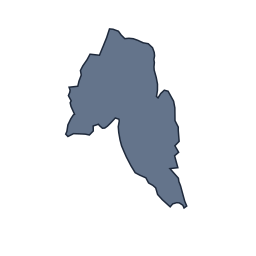 outline of Stepanavan, Lori, Armenia, rotated 243°
{"feature_id": "60910142B48694121515271", "entity_name": "Stepanavan", "entity_type": "district", "adm_level": 2, "iso_a3": "ARM", "parent_name": "Armenia", "parent_adm1": "Lori", "projection": "equal_earth", "projection_center": [44.342, 41.021], "detail": "fine", "context": "isolated", "style": "filled", "palette": "slate", "viewbox_px": 256, "rotation_deg": 243, "n_neighbors": 0, "source": "geoboundaries", "source_scale": "gbopen_adm2", "svg_char_len": 1407}
<svg xmlns="http://www.w3.org/2000/svg" viewBox="0 0 256 256"><g transform="rotate(243 128 128)"><path d="M142.6,180.4L145.2,177.5L143.9,172.9L141.2,168.4L143.2,167.7L148.1,171.3L153.7,174.2L160.2,176.1L167.7,177.6L170.7,178.9L174.3,181.2L177.2,182.1L180.2,184.4L183.5,185.7L188.4,186.3L193.9,184.3L197.1,180.1L201.7,176.5L205.2,173.2L207.5,169.6L209.1,165.7L214.0,164.1L218.6,163.4L222.8,159.5L224.7,156.5L218.1,149.9L214.4,145.6L212.2,143.1L211.3,142.0L205.8,135.6L211.0,127.7L207.4,122.5L206.0,119.9L203.9,116.0L200.8,111.7L196.4,110.4L192.0,105.6L188.0,102.2L191.1,94.0L188.0,93.6L186.2,92.3L183.9,89.6L178.0,89.7L176.7,87.9L173.0,87.0L164.5,86.6L164.5,85.3L162.2,81.3L158.1,75.9L152.6,71.9L150.8,69.7L147.7,70.6L147.7,76.9L144.2,83.2L141.9,87.2L139.3,90.4L141.1,95.7L145.6,97.9L144.8,103.3L143.0,103.7L139.4,105.1L138.5,107.3L139.0,110.5L140.4,114.9L142.7,121.2L140.0,123.9L138.2,123.4L133.6,119.9L128.2,117.7L121.0,115.5L115.1,114.2L109.7,113.8L102.9,113.4L93.0,113.5L84.9,114.1L80.5,117.2L75.5,121.3L69.7,121.4L65.6,124.1L62.1,125.5L55.3,124.2L48.6,126.0L38.6,129.8L39.3,131.4L40.1,133.4L39.4,137.4L38.0,139.7L34.3,141.8L31.3,141.6L31.8,144.9L37.1,145.3L51.9,148.4L53.0,148.6L57.2,149.0L60.4,150.1L72.8,146.9L70.0,154.4L82.1,156.9L83.4,162.1L90.9,161.7L92.9,167.5L102.8,171.6L106.0,173.2L113.2,173.2L124.7,178.9L131.2,180.8L142.6,180.4Z" fill="#64748b" stroke="#1e293b" stroke-width="1.5"/></g></svg>